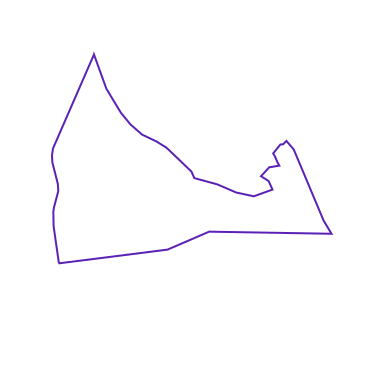 the border of Dakar, rotated 196°
{"feature_id": "SEN-759", "entity_name": "Dakar", "entity_type": "Region", "adm_level": 1, "iso_a3": "SEN", "parent_name": "Senegal", "parent_adm1": "", "projection": "albers", "projection_center": [-17.3, 14.755], "detail": "fine", "context": "isolated", "style": "outline", "palette": "violet", "viewbox_px": 384, "rotation_deg": 196, "n_neighbors": 0, "source": "natural_earth", "source_scale": "10m", "svg_char_len": 654}
<svg xmlns="http://www.w3.org/2000/svg" viewBox="0 0 384 384"><g transform="rotate(196 192 192)"><path d="M324.1,297.1L302.7,267.6L282.1,248.5L269.8,240.0L255.8,233.4L240.2,230.8L228.6,227.5L198.2,211.5L193.6,206.0L169.9,206.3L149.3,203.7L131.4,204.9L115.3,216.5L121.3,223.6L130.0,226.2L124.6,237.0L115.3,241.4L117.7,243.7L122.1,249.1L124.6,251.5L120.1,262.1L117.7,262.8L115.3,267.1L105.9,260.9L57.7,200.9L46.4,190.3L164.6,158.6L199.6,129.9L299.9,86.9L300.8,87.9L315.7,121.2L319.8,134.6L320.4,138.6L320.8,156.1L323.2,162.8L334.4,182.0L336.7,188.7L337.6,195.6L324.2,296.6L324.1,297.0L324.1,297.1Z" fill="none" stroke="#5b21b6" stroke-width="2"/></g></svg>